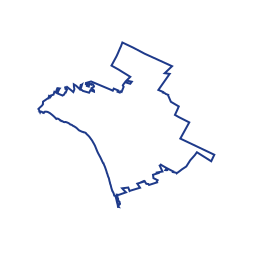 outline of Champotón, Campeche, Mexico, rotated 293°
{"feature_id": "50627088B90852523965903", "entity_name": "Champotón", "entity_type": "district", "adm_level": 2, "iso_a3": "MEX", "parent_name": "Mexico", "parent_adm1": "Campeche", "projection": "equal_earth", "projection_center": [-90.832, 19.131], "detail": "fine", "context": "isolated", "style": "outline", "palette": "blue", "viewbox_px": 256, "rotation_deg": 293, "n_neighbors": 0, "source": "geoboundaries", "source_scale": "gbopen_adm2", "svg_char_len": 5019}
<svg xmlns="http://www.w3.org/2000/svg" viewBox="0 0 256 256"><g transform="rotate(293 128 128)"><path d="M91.5,175.7L91.8,171.0L94.7,169.3L97.8,172.9L97.8,171.0L98.1,171.7L101.4,176.7L105.8,171.9L106.1,172.2L107.1,172.5L107.0,173.0L106.8,174.2L106.2,179.4L103.9,178.9L104.3,180.2L104.6,180.6L106.1,180.9L106.0,182.1L105.9,183.3L105.7,185.9L105.7,186.6L105.0,186.6L105.3,188.0L105.6,189.6L105.6,190.0L105.3,190.5L105.6,190.6L106.8,191.4L108.3,192.3L111.0,193.8L114.9,196.4L115.4,196.7L122.6,197.9L129.1,200.1L132.6,200.9L129.9,217.6L137.1,217.9L138.7,180.3L157.1,182.2L157.9,170.3L158.4,166.1L164.5,166.3L167.7,166.3L168.9,157.2L173.9,152.0L174.2,152.0L174.1,149.3L174.4,148.7L174.3,146.3L174.9,146.3L174.9,141.1L194.1,145.2L192.8,140.4L202.1,144.4L202.9,114.2L204.0,101.3L204.5,89.4L200.4,89.6L198.4,89.5L192.7,89.5L189.5,89.4L179.0,88.4L178.1,96.6L177.5,100.3L176.7,105.7L176.0,110.1L171.1,108.1L172.1,113.4L169.6,112.8L169.0,107.4L165.7,106.6L165.1,106.6L164.2,107.9L158.7,108.0L158.7,106.6L157.4,106.6L157.3,104.2L158.7,104.2L158.7,99.5L156.4,99.4L156.5,97.3L156.4,75.8L153.0,71.7L151.9,72.1L152.3,73.3L150.9,73.6L150.6,73.7L150.8,75.7L153.6,75.1L153.6,77.2L154.2,77.1L154.3,78.7L153.7,79.8L152.8,80.5L150.4,78.9L149.4,81.7L149.3,81.9L149.1,82.1L148.2,82.5L148.2,78.7L145.3,78.4L144.5,71.9L144.9,71.0L144.7,69.2L146.6,69.1L150.1,68.7L149.6,68.4L149.2,67.7L146.6,68.1L145.7,68.2L145.0,68.2L146.6,63.8L147.0,61.1L144.7,62.2L143.3,63.2L142.6,63.5L141.1,63.6L139.7,63.6L140.2,62.1L141.0,59.3L142.0,55.8L140.9,55.4L141.0,54.4L140.7,54.4L140.7,55.1L139.6,55.2L139.5,56.8L136.4,56.8L136.3,56.4L133.5,56.0L133.2,55.7L132.9,55.5L132.9,55.4L132.3,55.1L132.3,51.7L132.3,49.6L135.0,49.4L137.3,49.6L137.7,49.7L137.2,47.7L137.0,47.4L132.5,47.6L132.6,46.1L129.6,46.4L127.1,43.5L126.8,44.6L125.7,44.3L126.3,42.9L124.2,43.2L124.1,42.7L119.1,39.5L117.6,40.0L116.9,40.2L116.8,40.4L116.4,40.4L115.1,40.1L111.8,38.6L110.5,38.1L110.2,38.6L109.8,39.1L109.6,39.3L109.2,39.8L108.9,40.2L108.8,40.3L108.9,40.7L108.8,40.9L108.3,40.8L108.2,40.9L108.4,40.9L108.4,41.1L108.5,41.1L108.5,40.9L108.7,41.1L108.7,40.9L108.8,40.9L108.8,41.0L109.0,41.0L109.1,41.3L109.1,41.5L109.2,42.0L109.2,42.6L109.0,43.6L108.7,43.6L108.5,44.0L108.8,43.7L108.9,44.1L108.9,44.4L109.3,44.4L109.3,44.6L109.5,44.6L109.8,44.7L110.0,44.8L110.1,45.0L110.5,45.1L110.9,45.9L111.2,46.8L111.3,47.3L111.4,48.2L111.3,49.0L111.2,50.2L110.7,52.1L110.3,53.5L109.5,55.8L108.8,57.5L108.7,57.6L108.6,57.8L108.5,58.1L108.3,58.5L108.5,58.7L108.9,58.7L109.0,58.9L109.0,59.1L109.1,59.6L109.2,60.1L109.1,60.7L109.1,61.1L108.8,61.9L108.7,62.2L108.8,62.5L108.8,62.8L108.6,63.3L108.5,63.6L108.3,64.0L108.5,64.4L108.5,64.6L108.5,64.4L108.6,64.5L108.6,65.2L108.4,66.2L108.4,66.4L108.5,66.6L108.5,67.1L108.6,67.3L108.7,67.6L109.0,67.9L109.2,68.4L109.3,70.0L109.3,70.9L109.2,71.7L109.1,72.4L108.8,73.1L108.8,73.3L108.7,73.6L108.8,73.9L108.8,74.4L108.9,74.7L108.9,74.9L108.9,75.1L108.7,75.7L108.6,76.2L108.4,77.0L108.5,77.3L108.5,77.7L108.4,78.2L108.3,78.8L108.1,79.9L107.8,81.0L106.9,83.3L106.7,84.0L106.7,84.4L106.6,87.0L106.7,87.9L106.7,88.3L106.8,88.3L106.9,89.4L107.0,90.1L106.9,91.2L106.8,91.3L106.7,91.3L106.6,91.5L106.3,92.3L105.9,93.2L105.8,93.6L105.3,94.8L104.8,95.9L104.5,96.4L102.7,99.4L101.8,100.7L101.5,101.0L100.4,102.5L98.8,104.5L97.6,105.7L97.0,106.3L94.8,108.5L93.6,109.8L93.1,110.4L92.6,111.0L91.9,111.9L91.2,112.7L91.1,112.9L90.2,114.0L87.8,116.7L87.6,116.9L87.4,117.1L86.9,117.7L86.3,118.4L85.9,118.8L85.9,119.0L85.9,119.3L85.7,119.4L84.5,120.6L84.0,121.1L83.5,121.7L81.2,123.8L79.5,125.3L78.2,126.3L78.0,126.5L77.6,127.0L76.2,128.1L75.2,129.0L75.0,129.3L74.3,130.0L72.8,131.1L72.3,131.4L71.2,132.3L70.9,132.5L70.6,132.8L70.1,133.1L69.9,133.2L69.6,133.4L69.2,133.9L68.1,134.8L67.4,135.3L67.0,135.6L66.2,136.2L65.5,136.8L64.0,138.1L63.8,138.3L63.8,138.5L63.3,139.0L63.0,139.5L62.7,139.8L61.9,140.6L60.8,141.4L60.5,141.7L60.4,141.8L60.4,142.2L60.4,142.5L60.5,142.6L60.4,142.8L60.3,143.0L60.1,143.3L59.5,143.8L58.5,144.6L58.0,145.0L55.2,147.0L54.9,147.3L54.7,147.4L54.3,147.7L53.7,148.2L53.0,148.7L51.5,149.6L51.6,149.8L51.7,150.3L51.9,150.0L52.3,149.7L52.5,149.5L52.7,149.4L52.8,149.5L53.1,149.5L53.3,149.6L53.9,149.3L54.1,149.1L54.1,149.7L54.1,149.9L54.1,150.0L54.3,150.1L54.6,150.2L54.9,150.3L55.2,150.2L55.3,150.0L55.4,149.8L55.7,149.6L55.8,149.4L56.1,149.2L56.4,149.3L56.6,149.2L56.9,148.6L57.0,148.4L57.1,148.1L57.0,147.6L56.8,147.5L56.8,147.3L56.9,147.2L57.2,147.2L57.3,147.1L57.5,147.1L57.7,146.9L57.8,146.9L58.1,146.9L58.3,146.7L58.6,146.7L58.9,146.6L59.2,146.4L59.3,146.2L59.4,145.8L59.5,145.8L59.5,145.7L59.6,145.2L59.9,144.6L60.0,144.6L60.1,144.3L60.3,144.2L60.5,144.1L60.8,144.1L61.1,144.0L61.2,143.9L61.4,143.9L61.5,143.8L61.8,143.8L61.8,144.0L61.8,144.3L62.3,143.9L62.7,145.3L63.0,145.8L68.0,151.3L68.9,149.0L70.2,146.2L73.3,151.5L70.6,154.1L71.2,154.6L77.7,162.4L80.4,158.3L84.2,162.8L84.2,162.2L85.6,163.5L85.5,164.2L85.4,164.2L85.3,164.3L83.8,166.7L84.4,168.6L83.8,169.6L89.2,175.9L89.5,175.4L91.5,175.7Z" fill="none" stroke="#1e3a8a" stroke-width="2"/></g></svg>